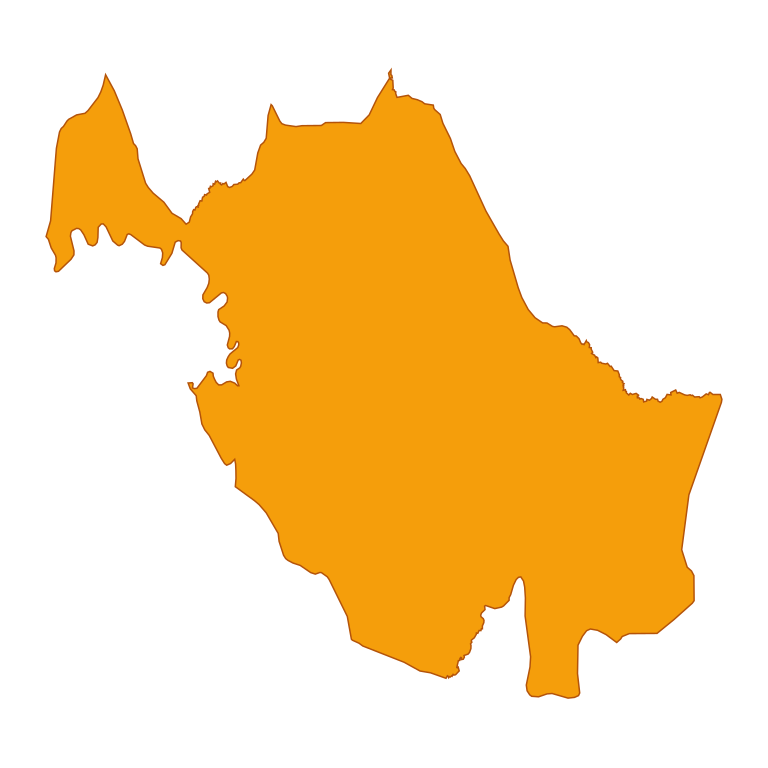 Rasi Salai, Si Sa Ket, Thailand
{"feature_id": "78962969B91531031914262", "entity_name": "Rasi Salai", "entity_type": "district", "adm_level": 2, "iso_a3": "THA", "parent_name": "Thailand", "parent_adm1": "Si Sa Ket", "projection": "equal_earth", "projection_center": [104.176, 15.349], "detail": "fine", "context": "isolated", "style": "filled", "palette": "amber", "viewbox_px": 768, "rotation_deg": 0, "n_neighbors": 0, "source": "geoboundaries", "source_scale": "gbopen_adm2", "svg_char_len": 6070}
<svg xmlns="http://www.w3.org/2000/svg" viewBox="0 0 768 768"><path d="M283.6,555.3L285.7,558.6L288.0,560.4L292.9,563.0L300.2,565.4L310.7,572.6L315.3,574.1L319.8,572.5L321.4,572.6L327.3,576.8L329.2,579.6L347.3,616.4L351.4,639.2L352.4,640.2L359.0,643.2L362.8,646.0L404.0,662.2L420.0,671.0L430.5,672.8L446.0,678.3L447.4,675.8L448.2,676.3L448.7,677.7L449.5,676.6L450.3,677.0L451.7,675.8L452.1,676.2L453.1,674.4L453.9,675.1L455.6,674.7L459.2,670.9L458.2,667.1L457.2,667.8L456.8,667.4L458.4,660.6L459.6,660.5L459.9,658.5L460.8,657.4L461.4,657.7L461.3,659.6L463.3,659.2L464.4,657.1L464.0,655.5L468.1,654.1L469.5,652.4L470.9,648.6L471.0,645.3L470.5,643.9L471.9,642.1L471.3,641.2L471.5,640.0L474.3,637.8L476.3,634.3L476.4,633.0L477.8,633.3L479.1,630.5L480.9,630.6L481.4,628.7L482.4,628.8L482.4,625.9L483.8,622.7L484.0,620.4L483.3,618.7L481.0,616.7L480.7,615.1L481.6,612.9L485.0,609.6L484.6,606.1L485.7,605.5L494.8,608.6L501.6,607.1L503.6,605.9L509.1,600.3L509.1,597.7L510.7,594.6L513.4,585.3L516.2,579.5L518.5,577.3L520.8,576.9L523.5,581.0L524.7,587.2L525.4,598.0L525.1,616.0L530.6,656.8L530.0,667.0L526.3,685.1L527.1,690.8L529.7,694.8L531.7,696.3L538.6,696.8L547.0,693.9L552.1,693.5L568.0,698.1L574.5,697.4L578.5,695.6L579.7,693.0L577.5,673.6L578.0,645.2L582.4,636.3L586.6,630.7L590.4,629.0L597.6,630.3L606.1,634.6L616.7,642.5L620.6,639.0L622.2,636.5L629.3,633.6L657.0,633.4L673.8,619.7L692.3,603.2L694.1,600.7L693.9,575.6L691.5,571.0L687.2,567.2L681.7,549.7L688.9,494.8L721.4,402.4L721.9,399.3L720.3,394.5L712.9,394.5L710.1,392.3L709.4,392.5L708.5,394.7L706.2,393.9L702.3,397.0L700.0,397.8L699.2,396.7L694.6,397.0L692.5,395.2L691.2,395.5L690.2,394.8L687.2,395.4L684.7,394.9L679.2,392.4L677.2,393.2L675.7,390.0L670.7,392.5L671.0,394.9L667.1,394.4L665.4,397.7L662.9,399.3L662.1,401.1L660.2,402.3L658.0,401.0L657.5,399.3L655.5,399.3L652.2,397.0L651.5,398.5L649.5,400.2L646.9,399.4L646.6,401.1L643.7,401.9L643.2,399.3L641.0,398.5L639.9,399.1L639.1,397.8L637.4,397.8L637.3,396.2L638.4,396.0L638.6,395.2L636.1,393.4L632.3,394.5L630.3,393.3L628.8,395.0L626.3,392.8L626.4,391.5L625.6,391.2L625.4,389.7L623.2,390.3L623.8,387.9L623.2,386.9L623.8,385.9L623.0,385.1L624.1,383.7L622.4,382.6L622.8,381.3L621.2,380.1L620.4,378.7L620.6,377.5L619.3,376.8L619.3,374.7L617.8,371.0L614.1,370.6L611.2,366.2L610.1,366.5L607.5,363.3L605.8,364.0L601.6,363.2L600.7,362.2L598.2,362.6L597.8,357.9L596.6,356.9L595.9,357.6L594.6,355.2L591.6,353.5L592.7,352.2L591.2,349.2L591.2,347.7L589.3,347.5L589.6,344.7L588.4,342.6L586.7,341.8L586.3,340.6L584.0,344.6L583.0,343.9L582.1,344.3L580.8,342.9L579.0,338.7L576.3,336.0L574.2,335.8L569.8,329.8L566.8,327.2L562.0,325.8L554.6,326.8L552.5,326.4L547.0,323.0L542.6,322.9L535.0,317.7L528.2,309.5L521.8,297.5L518.2,287.7L510.1,260.0L508.0,246.3L503.3,240.8L499.1,234.1L485.9,211.0L469.7,175.8L465.3,168.6L461.1,163.5L454.8,151.4L450.4,138.5L442.9,123.3L440.2,114.5L434.9,109.8L433.8,108.3L433.3,105.1L424.7,103.8L422.0,101.7L417.3,99.7L412.0,98.4L408.3,95.3L397.0,97.4L395.7,93.6L395.8,91.8L394.9,91.5L394.2,89.9L392.5,89.6L393.2,88.1L392.8,80.3L390.6,79.3L390.9,77.9L392.3,77.9L391.8,75.4L390.9,74.6L391.0,69.9L388.6,73.2L389.6,78.2L377.5,97.5L369.2,114.9L360.8,123.5L343.4,122.4L325.6,122.6L321.3,125.5L302.0,125.7L296.0,126.6L285.5,125.1L281.9,123.7L279.9,121.2L272.3,105.8L271.1,104.6L268.1,115.5L266.2,138.3L263.8,142.3L260.6,145.1L257.8,152.9L254.7,170.0L251.9,174.1L245.0,180.5L244.3,180.5L243.3,179.1L240.7,182.7L239.1,182.8L237.7,184.2L233.9,184.5L232.3,186.4L229.5,187.5L227.7,186.6L226.0,182.4L223.9,184.0L222.9,183.5L221.7,184.9L220.5,184.3L220.6,183.0L219.3,183.1L217.5,180.9L216.5,181.8L215.6,181.2L214.6,184.2L213.2,183.7L213.0,185.8L211.2,186.8L210.4,186.3L209.8,188.3L208.7,188.5L209.7,192.3L207.0,193.9L206.5,195.0L204.6,194.6L204.1,196.4L202.6,197.2L201.8,201.0L200.1,200.7L198.5,204.3L198.7,205.2L197.9,205.6L198.2,207.0L196.6,206.7L195.8,207.3L194.9,210.0L193.7,209.6L192.7,211.4L192.5,213.9L190.6,216.9L189.3,222.1L186.1,224.2L181.1,218.6L172.0,213.3L163.9,202.2L153.1,193.1L148.3,187.5L145.6,183.2L138.0,158.8L137.2,148.8L135.6,145.7L133.5,143.5L130.7,133.8L122.3,110.0L114.3,90.8L105.6,74.7L103.2,85.1L100.8,91.9L98.0,97.6L88.0,110.6L85.0,113.3L76.6,114.9L68.7,119.3L67.0,121.0L63.5,126.4L61.2,128.5L59.5,132.0L56.4,148.3L50.6,220.8L46.1,236.6L48.4,239.3L51.2,247.9L55.5,255.3L56.1,257.8L56.0,262.9L54.3,268.6L54.6,270.8L55.9,271.8L58.5,271.3L71.0,259.3L73.9,254.9L74.0,250.9L70.4,236.2L70.9,232.6L72.0,230.7L76.5,228.4L78.8,228.6L80.7,229.9L83.9,234.7L88.2,244.2L92.7,245.9L95.2,244.8L97.1,242.4L97.9,237.5L98.2,227.3L101.2,224.0L103.3,223.9L106.1,226.9L112.8,241.0L117.6,245.1L119.1,245.7L122.3,244.2L124.5,241.4L127.2,234.5L128.8,233.8L130.8,234.6L144.6,245.0L147.6,246.2L159.9,248.0L161.5,249.3L162.7,252.9L162.4,257.5L160.6,263.7L162.9,265.4L164.9,264.7L171.9,253.3L175.2,242.2L178.0,240.6L180.5,241.0L181.2,242.5L181.1,247.8L182.0,250.0L207.4,273.0L208.8,275.2L209.3,279.1L208.8,283.3L207.2,287.5L202.9,294.9L202.8,298.8L204.2,301.7L206.7,303.0L209.5,302.7L221.4,292.9L223.6,292.5L225.6,293.6L227.2,296.2L227.6,298.0L227.1,302.0L224.1,306.0L218.7,309.6L218.0,312.0L218.0,316.6L219.0,320.1L220.1,321.9L226.2,325.6L229.1,330.3L229.7,333.1L229.6,336.4L227.3,345.0L228.2,347.7L229.6,348.9L232.5,348.8L234.3,346.5L236.4,341.5L237.8,341.6L238.7,343.0L238.7,345.0L237.7,347.6L230.0,354.0L228.2,356.7L226.7,360.0L226.4,363.1L227.1,365.8L228.3,367.5L232.6,368.3L235.8,365.9L238.2,360.0L239.6,359.4L241.0,360.2L241.4,362.9L240.7,366.3L239.8,367.8L236.6,370.0L235.6,373.9L236.4,379.1L238.9,385.7L237.6,385.8L234.7,383.1L230.3,381.3L226.6,381.9L221.6,384.9L218.7,384.9L216.2,382.4L214.6,379.3L213.3,376.2L213.0,373.2L210.0,371.4L207.6,372.3L206.4,375.7L196.9,388.3L194.4,388.6L192.5,387.9L193.1,383.8L192.3,382.7L188.1,383.0L190.3,388.9L196.2,395.7L196.8,400.9L199.8,412.0L201.9,424.0L204.8,429.9L209.2,435.4L221.2,458.2L224.6,463.6L226.7,465.2L230.6,463.5L234.7,459.3L235.6,464.0L235.9,470.5L236.0,478.5L235.3,486.7L254.4,500.6L259.1,504.6L266.2,512.8L278.2,533.4L279.1,541.4L283.6,555.3Z" fill="#f59e0b" stroke="#b45309" stroke-width="1.5"/></svg>